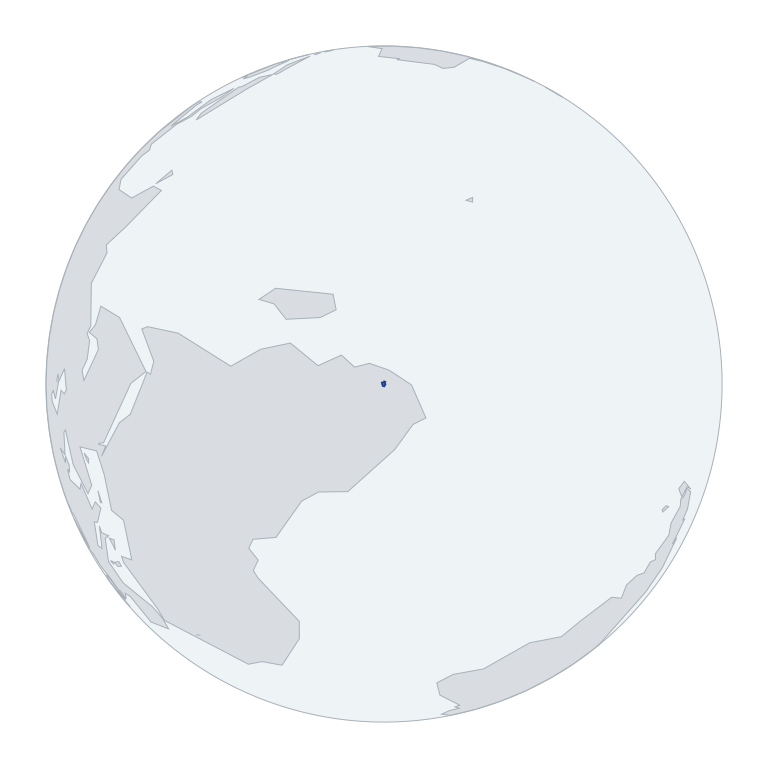 Maseru on an orthographic globe, rotated 251°
{"feature_id": "LSO-1203", "entity_name": "Maseru", "entity_type": "District", "adm_level": 1, "iso_a3": "LSO", "parent_name": "Lesotho", "parent_adm1": "", "projection": "orthographic", "projection_center": [27.777, -29.596], "detail": "fine", "context": "on_globe", "style": "filled", "palette": "blue", "viewbox_px": 768, "rotation_deg": 251, "n_neighbors": 0, "source": "natural_earth", "source_scale": "10m", "svg_char_len": 5568}
<svg xmlns="http://www.w3.org/2000/svg" viewBox="0 0 768 768"><g transform="rotate(251 384 384)"><circle cx="384" cy="384" r="338" fill="#eef3f6" stroke="#a8b0b8"/><path d="M49.3,337.6L49.2,338.7L53.1,331.0L53.9,339.7L52.9,349.5L55.6,346.0L55.7,351.0L71.6,335.6L84.2,336.6L86.9,354.9L82.2,385.4L91.9,437.6L87.3,469.5L95.5,491.2L108.2,529.8L104.2,538.8L115.0,547.8L120.7,561.0L120.7,568.5L129.1,578.0L129.5,583.4L135.2,585.4L148.3,604.1L159.0,610.1L171.7,624.2L178.7,627.2L179.0,629.3L182.5,633.4L186.9,636.3L182.3,638.9L166.9,630.2L158.2,622.2L158.4,624.3L138.6,604.5L143.2,610.7L120.0,587.7L102.4,564.1L69.0,505.0L65.7,497.3L65.6,497.2L57.6,471.5L51.7,445.1L47.8,418.4L46.2,391.4L46.6,364.4L49.3,337.6ZM194.2,636.2L184.7,639.9L188.1,637.1L180.2,628.8L189.0,628.6L194.2,636.2ZM175.3,613.2L172.2,606.0L174.5,606.0L177.1,611.1L175.3,613.2ZM357.6,47.1L345.1,49.0L334.8,50.5L332.7,50.0L357.6,47.1ZM695.2,252.3L709.1,291.9L711.2,300.2L710.1,304.0L708.7,297.2L697.2,266.6L700.2,284.4L709.2,313.2L712.4,338.3L707.8,322.8L703.9,300.5L699.7,289.1L697.1,272.4L686.6,242.2L681.6,238.6L678.5,229.1L663.2,202.0L654.1,196.8L642.0,205.9L646.2,230.3L639.5,236.5L616.7,191.1L606.0,166.8L598.1,164.7L574.4,140.0L534.4,125.7L528.5,119.7L521.0,119.8L504.3,111.6L495.1,102.9L485.1,101.5L509.6,125.2L520.3,127.3L528.8,122.1L533.7,130.3L549.8,141.6L533.0,155.6L473.3,163.0L467.0,144.8L419.6,99.6L420.8,95.6L420.6,95.2L420.0,94.4L416.0,100.7L407.7,93.5L433.5,121.1L438.0,134.3L472.4,163.9L469.3,166.4L480.3,173.7L514.9,172.9L515.2,179.1L499.1,205.9L450.7,244.9L457.0,278.9L453.2,308.8L422.8,327.6L425.2,353.1L409.5,361.7L408.3,376.9L395.5,393.2L374.2,409.7L338.3,412.6L336.3,398.2L318.5,372.8L294.0,314.7L303.2,287.0L300.1,268.0L274.1,231.9L279.8,209.7L272.8,202.6L258.4,207.7L250.3,199.7L241.6,201.7L187.1,226.6L170.7,221.0L151.3,196.0L161.2,178.4L163.2,164.5L231.8,99.6L246.1,96.5L299.8,79.8L306.5,79.7L299.8,88.3L339.9,93.4L353.2,85.3L389.8,90.0L414.3,90.5L423.5,76.1L383.4,74.7L376.7,68.4L409.1,63.9L444.2,67.8L442.8,65.7L420.8,59.3L429.1,57.1L413.2,57.2L419.5,59.4L409.7,59.9L403.4,58.1L406.6,57.1L396.0,56.0L383.6,62.3L388.6,65.2L360.8,67.3L366.6,72.6L358.9,75.9L346.5,68.1L347.9,65.2L324.4,60.9L320.4,63.9L342.3,68.6L335.3,68.7L330.1,74.3L328.6,70.1L305.8,65.7L280.9,72.6L248.8,92.5L234.4,98.4L222.5,100.6L234.7,86.3L265.6,75.0L270.3,71.2L264.6,70.2L274.4,67.4L275.8,66.0L287.5,62.7L304.5,56.8L316.4,54.3L323.6,51.7L330.7,50.4L324.4,52.0L326.5,52.4L356.2,48.9L362.1,48.1L364.4,47.1L372.3,46.9L370.6,46.4L388.0,46.1L378.0,46.1L401.6,46.5L425.2,48.6L448.5,52.3L471.5,57.6L494.1,64.5L516.1,73.0L537.5,83.0L558.1,94.4L577.9,107.3L596.8,121.5L614.6,137.0L631.3,153.7L646.8,171.5L660.9,190.4L673.8,210.2L685.2,230.8L695.2,252.3ZM208.1,124.7L206.2,128.7L208.1,124.7ZM481.8,81.7L502.6,87.0L492.5,77.5L499.7,79.1L493.7,75.6L491.7,76.8L476.8,68.5L485.5,69.1L482.6,66.4L475.5,64.6L461.9,65.2L483.2,76.6L478.7,78.5L481.8,81.7ZM272.2,65.1L276.0,63.9L271.2,65.7L256.1,71.5L262.8,68.6L272.2,65.1ZM289.7,59.5L286.9,60.3L294.0,59.4L290.3,61.2L264.3,69.3L274.9,65.3L270.5,66.3L282.5,62.0L283.5,61.4L289.7,59.5ZM314.3,75.9L319.4,75.4L327.6,74.1L324.5,78.0L314.3,75.9ZM298.3,72.7L303.1,71.4L302.6,75.4L297.2,76.3L298.3,72.7ZM306.1,67.8L303.3,71.0L301.6,69.8L306.1,67.8ZM328.8,51.2L333.9,50.4L334.3,50.5L331.3,51.3L328.8,51.2ZM416.5,78.0L409.2,80.4L405.6,78.9L408.8,78.3L416.5,78.0ZM364.5,77.3L376.2,78.8L363.5,78.4L364.5,77.3ZM531.0,521.4L531.6,528.6L527.1,527.0L531.0,521.4ZM509.8,312.6L485.4,365.1L469.8,362.9L467.6,345.3L477.1,312.5L495.5,306.2L504.7,293.3L509.8,312.6ZM717.2,436.2L716.4,443.5L716.1,444.7L717.2,436.2ZM718.2,425.2L717.9,432.4L717.7,427.2L718.2,425.2ZM716.8,442.5L717.7,435.2L717.3,439.4L717.3,439.8L716.8,442.5ZM718.1,420.8L714.2,396.4L711.7,383.4L713.1,380.4L717.3,396.8L718.1,420.8ZM712.9,379.6L707.8,351.4L694.8,292.4L699.6,299.5L712.0,343.3L711.4,346.3L714.5,366.0L712.9,379.6ZM721.9,385.3L721.7,388.1L721.0,399.8L719.6,385.3L718.5,377.1L717.9,356.3L718.3,350.2L719.5,355.3L720.2,349.8L721.9,385.3ZM647.7,233.5L655.2,253.0L650.9,252.6L647.7,233.5ZM601.7,642.5L597.0,646.3L599.7,643.7L612.3,633.0L606.8,638.1L601.7,642.5ZM621.1,624.8L629.3,616.1L645.3,598.0L644.8,598.1L650.6,591.6L647.3,594.9L656.9,582.3L664.1,570.8L660.6,553.4L663.2,542.5L669.8,535.7L686.5,501.7L686.4,504.9L695.5,485.5L701.7,491.4L708.4,478.5L708.0,480.1L700.2,503.2L690.8,525.7L679.8,547.4L667.2,568.3L653.2,588.2L637.8,607.1L621.1,624.8ZM714.9,452.6L714.9,452.4L714.9,452.6ZM720.3,417.0L720.0,420.0L720.3,416.2L721.5,401.2L721.6,398.6L720.3,417.0Z" fill="#d9dde1" stroke="#a8b0b8" stroke-width="1"/><path d="M381.8,383.3L381.8,383.2L382.1,382.9L382.1,382.7L382.3,382.4L382.3,382.2L382.6,382.1L382.7,382.3L382.8,382.4L383.0,382.4L383.2,382.2L383.4,382.3L383.6,382.4L383.8,382.4L383.9,382.2L384.0,382.2L384.2,382.3L384.5,382.4L384.5,382.5L384.7,382.4L384.8,382.4L385.0,382.3L385.0,382.2L385.3,382.3L385.3,382.5L385.5,382.5L385.7,382.4L385.8,382.3L385.9,382.2L386.0,382.2L386.2,382.4L385.9,382.7L385.8,382.8L385.7,382.8L385.7,383.0L385.7,383.3L385.8,383.3L385.9,383.5L386.0,384.3L386.1,384.7L385.9,384.6L385.6,384.6L385.4,384.7L385.5,384.8L385.6,385.0L385.8,385.2L386.0,385.2L385.9,385.3L386.0,385.5L385.9,385.6L385.8,385.8L385.7,385.9L385.6,386.0L385.5,385.8L385.5,385.7L385.4,385.7L385.1,385.6L384.9,385.5L384.2,385.3L383.9,385.3L383.4,385.4L383.4,385.2L383.5,385.2L383.2,384.6L382.8,384.5L382.8,384.4L382.7,384.2L382.7,384.3L382.4,384.5L382.3,384.4L382.2,384.4L382.2,384.2L382.0,383.9L381.9,383.8L381.9,383.7L381.7,383.6L381.6,383.4L381.8,383.3Z" fill="#3b82f6" stroke="#1e3a8a" stroke-width="1.5"/></g></svg>